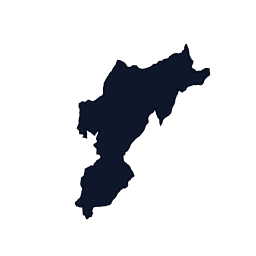 Sovarna, Mehedinti, Romania, rotated 113°
{"feature_id": "2599482B60135611715563", "entity_name": "Sovarna", "entity_type": "district", "adm_level": 2, "iso_a3": "ROU", "parent_name": "Romania", "parent_adm1": "Mehedinti", "projection": "orthographic", "projection_center": [22.8, 44.85], "detail": "fine", "context": "isolated", "style": "filled", "palette": "ink", "viewbox_px": 256, "rotation_deg": 113, "n_neighbors": 0, "source": "geoboundaries", "source_scale": "gbopen_adm2", "svg_char_len": 5845}
<svg xmlns="http://www.w3.org/2000/svg" viewBox="0 0 256 256"><g transform="rotate(113 128 128)"><path d="M151.9,170.0L150.7,167.1L151.9,165.4L153.0,164.9L153.5,165.3L153.1,162.5L151.2,163.5L150.2,163.8L149.0,164.3L146.7,165.8L145.3,166.3L145.0,165.7L145.1,165.3L144.8,164.8L145.6,164.4L145.6,163.6L146.1,162.5L145.5,160.6L146.3,160.2L146.5,159.2L146.9,158.3L146.9,157.2L147.3,156.9L147.4,156.1L146.9,156.0L145.7,156.3L145.3,156.2L144.7,155.6L142.8,155.5L142.0,153.2L144.2,152.9L149.2,152.8L150.5,152.4L150.9,151.3L152.8,150.5L153.7,150.6L154.7,151.3L156.4,152.6L157.4,152.2L157.6,151.8L158.9,148.2L163.8,146.4L163.1,143.9L163.6,142.7L165.8,140.9L168.1,141.9L168.9,142.4L170.2,143.6L171.8,143.8L173.1,144.4L174.2,144.7L174.8,144.6L175.4,144.7L176.6,144.5L177.0,144.9L177.4,146.9L178.8,148.1L179.5,148.5L181.1,149.9L182.7,151.1L183.0,150.9L185.1,150.2L186.4,150.1L188.8,149.5L190.2,149.8L190.7,150.3L191.8,150.9L192.4,151.0L194.0,150.4L197.7,149.5L198.7,148.9L201.5,145.5L204.1,145.3L205.0,145.2L205.5,144.8L207.5,144.7L209.1,144.2L211.6,144.6L213.7,145.7L215.7,146.1L216.2,146.7L216.6,146.7L217.2,147.0L218.2,146.6L218.6,146.3L218.8,145.3L219.5,144.8L219.1,144.4L219.2,143.9L219.3,142.9L219.1,142.4L219.2,141.3L218.8,140.4L217.9,139.2L217.8,138.9L225.0,135.1L224.8,133.9L224.9,133.3L225.5,132.5L227.0,131.2L227.4,130.5L226.9,129.9L225.6,129.6L224.8,129.2L224.2,128.6L223.8,127.6L223.4,127.4L222.3,127.6L221.8,127.9L221.0,127.5L220.3,127.5L219.1,129.2L217.7,129.2L216.1,129.5L215.0,129.5L214.0,129.3L213.4,128.3L212.6,127.6L210.9,123.5L208.4,119.3L208.4,119.0L205.8,115.7L204.3,114.5L203.9,114.9L204.4,115.4L204.1,115.5L203.5,115.2L203.3,114.7L203.0,114.8L200.9,114.4L199.6,114.4L198.5,113.5L194.9,112.6L192.3,112.6L188.5,111.1L186.8,111.4L186.6,110.1L184.2,109.0L184.4,107.6L181.8,106.1L180.0,106.5L179.6,107.2L179.0,107.1L178.2,107.4L177.9,107.3L177.4,107.5L176.2,107.1L175.4,107.4L175.1,107.0L174.3,106.7L174.6,106.2L172.9,106.2L172.3,105.3L171.0,105.2L170.5,104.6L170.3,104.2L169.7,104.0L169.0,105.0L168.6,105.1L168.1,105.8L167.6,106.0L166.5,107.4L165.8,108.4L165.7,109.1L165.2,109.7L164.9,109.8L164.3,110.6L163.5,111.1L162.4,113.0L162.0,115.5L161.6,115.9L161.5,116.8L160.8,118.6L160.4,119.4L159.7,119.8L159.2,120.2L157.8,120.9L155.4,122.3L154.0,121.1L153.0,121.0L151.9,121.4L150.9,121.4L149.9,120.8L149.5,120.1L148.6,120.1L147.0,119.6L144.4,119.5L143.8,119.4L142.1,119.6L139.3,118.9L136.4,117.7L135.0,117.4L134.2,117.0L130.3,114.6L129.1,114.4L128.0,113.9L127.1,113.7L126.5,113.4L125.2,113.6L124.5,113.2L124.5,112.9L123.8,113.0L122.8,112.8L119.6,113.1L117.8,113.1L117.0,112.9L116.9,112.4L115.9,112.3L115.2,112.3L115.0,112.1L114.7,112.4L114.6,112.1L114.3,112.1L112.9,113.1L111.2,113.9L111.1,114.0L111.2,114.4L110.9,114.5L110.6,114.5L110.2,114.3L109.3,113.9L107.8,113.9L105.1,112.6L104.2,111.7L103.8,111.5L103.0,111.3L102.4,111.2L102.0,111.3L101.1,111.0L99.4,110.3L101.7,108.6L102.6,107.7L104.0,106.8L105.3,105.2L106.5,104.2L106.6,103.9L106.7,103.2L107.2,102.4L108.4,101.5L110.1,100.8L111.2,100.1L112.1,99.3L109.5,99.0L108.0,99.5L106.9,99.4L105.0,99.0L104.1,98.6L103.6,98.1L102.4,97.5L101.9,97.0L100.4,95.9L98.4,95.1L96.9,94.8L93.2,95.6L90.2,95.6L88.2,95.3L85.9,95.4L85.4,95.8L84.9,96.0L83.1,96.1L81.7,96.4L80.7,96.3L79.0,96.5L78.8,96.3L78.4,96.2L77.8,96.3L76.5,96.1L74.3,96.7L73.4,97.4L73.6,96.0L73.5,95.9L72.6,94.7L72.9,94.3L73.2,93.6L73.6,93.1L73.3,92.1L72.7,92.0L71.1,90.6L70.5,90.3L69.9,90.1L68.1,90.2L66.2,89.3L65.9,89.2L63.3,85.8L62.0,85.2L62.0,84.3L61.7,83.1L60.5,81.3L60.1,80.4L59.6,78.0L59.0,77.4L58.2,77.0L56.9,76.7L56.5,76.7L55.3,77.0L54.0,76.8L52.7,76.9L51.9,76.3L50.6,75.7L49.4,75.6L48.8,74.8L47.3,74.0L47.1,73.9L45.6,74.6L44.7,75.4L42.0,76.6L42.3,77.3L42.6,78.7L43.1,79.7L44.5,80.8L45.1,81.1L45.9,82.0L47.2,82.7L47.5,82.8L48.4,85.2L49.3,86.4L49.6,86.8L49.9,86.9L50.2,87.3L49.6,87.7L50.0,88.1L48.9,88.9L48.6,89.4L48.5,91.0L48.7,91.8L48.5,92.4L47.9,92.9L47.6,93.8L47.5,94.3L47.1,94.4L46.3,94.0L44.8,94.1L43.3,94.0L42.7,94.3L42.1,94.2L41.4,94.5L41.1,94.9L40.8,96.4L40.3,96.9L40.3,97.2L39.9,97.3L40.0,97.7L39.8,98.0L38.6,98.8L36.6,101.0L35.5,101.3L31.7,103.8L30.8,104.9L30.4,105.3L30.2,105.6L28.9,106.5L28.6,106.8L28.6,107.1L30.8,107.2L31.4,107.2L31.8,106.9L33.7,106.3L34.5,106.4L35.6,107.4L36.2,107.5L37.7,107.4L38.3,107.6L39.1,109.0L40.5,110.3L40.6,112.0L40.9,112.5L41.6,114.2L43.4,115.3L43.6,115.5L43.7,115.8L44.1,116.1L45.4,116.6L45.8,117.1L46.2,117.4L48.0,117.4L48.2,117.5L50.0,119.7L50.8,121.2L51.2,121.5L53.1,122.3L53.4,122.5L54.0,123.9L54.1,124.4L54.5,124.9L55.1,125.5L56.2,125.6L57.0,126.0L57.4,126.0L57.9,126.3L59.2,127.7L59.5,128.5L59.4,128.9L60.7,129.6L61.4,129.8L63.3,130.9L65.1,132.8L66.3,134.4L67.0,135.0L68.7,137.6L68.9,138.4L68.9,139.3L69.2,140.1L69.2,140.8L68.9,142.6L68.5,143.2L68.2,144.3L67.7,144.6L67.7,144.8L68.9,147.6L70.1,148.5L71.3,148.9L71.5,149.3L72.3,149.7L72.5,149.9L71.8,150.3L72.6,151.8L72.3,152.7L71.5,154.1L70.6,155.2L69.8,157.1L69.5,159.0L69.7,160.4L69.4,161.1L69.4,161.5L69.9,163.7L71.1,163.8L72.0,163.6L73.0,163.7L74.6,163.5L78.6,164.5L82.3,164.7L83.1,165.0L83.6,165.4L84.7,165.5L85.4,166.1L86.2,165.8L88.0,166.1L88.9,166.5L91.7,166.7L92.7,166.9L94.5,167.0L95.5,167.1L95.9,167.2L96.2,167.0L97.0,166.8L97.3,166.6L97.2,166.4L97.8,166.5L99.0,166.1L100.1,166.2L101.3,165.6L101.9,165.6L102.8,164.9L103.6,164.8L104.2,164.3L106.8,163.6L107.1,163.8L107.8,163.7L108.3,164.0L108.5,164.0L110.3,165.6L111.9,166.5L115.4,168.4L117.1,169.8L118.0,170.9L118.0,172.9L118.0,173.6L118.1,174.4L118.2,174.8L118.1,175.4L121.3,177.0L121.7,178.7L121.8,180.1L122.1,180.5L124.0,181.3L124.1,181.6L124.5,182.1L125.5,181.9L127.6,181.1L129.0,179.5L129.9,178.9L131.1,178.6L131.5,178.4L132.6,178.2L135.2,176.8L136.6,176.5L137.9,176.4L138.8,176.0L140.5,175.7L141.4,175.3L142.3,174.4L145.6,174.5L147.9,174.4L148.9,172.0L149.5,171.2L150.0,170.9L150.9,170.7L151.9,170.0Z" fill="#0f172a" stroke="#020617" stroke-width="1.5"/></g></svg>